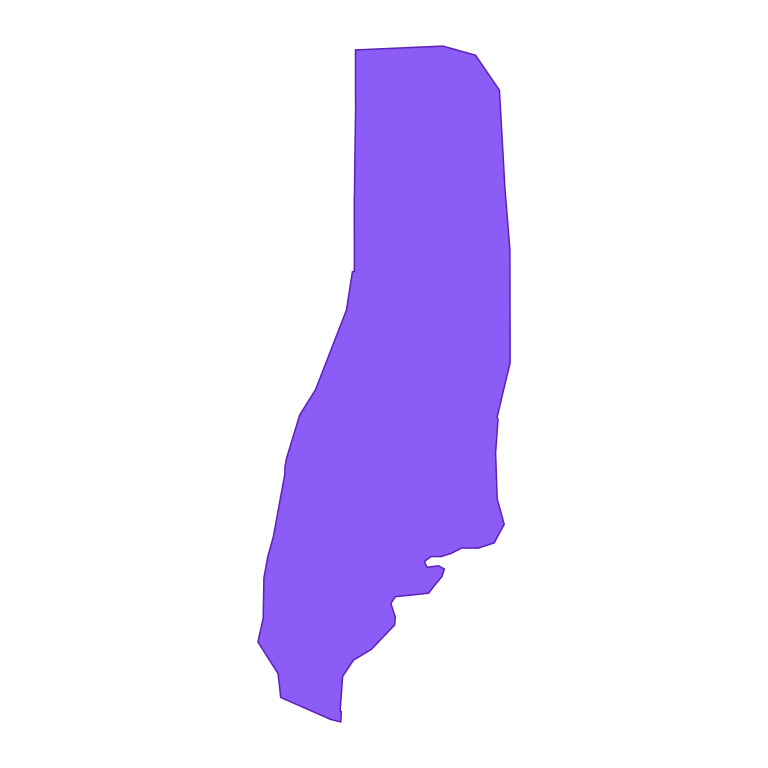 Um Baru, North Darfur, Sudan (Albers equal-area conic projection)
{"feature_id": "16777658B26622342825559", "entity_name": "Um Baru", "entity_type": "district", "adm_level": 2, "iso_a3": "SDN", "parent_name": "Sudan", "parent_adm1": "North Darfur", "projection": "albers", "projection_center": [24.187, 15.315], "detail": "fine", "context": "isolated", "style": "filled", "palette": "violet", "viewbox_px": 768, "rotation_deg": 0, "n_neighbors": 0, "source": "geoboundaries", "source_scale": "gbopen_adm2", "svg_char_len": 1074}
<svg xmlns="http://www.w3.org/2000/svg" viewBox="0 0 768 768"><path d="M497.7,418.7L497.2,418.0L497.0,417.7L498.7,410.6L499.8,405.9L503.5,390.2L505.7,381.1L510.1,362.9L510.1,349.2L510.1,337.2L510.0,310.8L510.0,310.6L509.9,251.7L509.9,250.6L509.9,249.6L504.9,188.2L503.5,162.5L499.4,90.2L475.5,55.2L442.8,46.1L355.8,49.9L355.5,49.9L355.5,91.3L355.6,108.3L354.7,171.9L354.5,193.3L354.3,198.7L354.3,207.4L354.3,224.0L354.4,251.3L354.4,253.8L354.4,264.8L354.2,271.6L352.4,271.8L349.5,290.7L346.4,310.2L315.6,389.5L299.7,415.0L286.5,458.4L284.9,467.3L284.9,473.7L273.3,537.0L267.8,556.5L263.9,578.0L263.2,618.4L257.9,642.0L278.1,673.7L280.7,697.4L280.8,697.5L330.5,719.4L340.8,721.9L341.3,711.7L340.1,711.0L342.6,676.5L353.5,660.1L371.3,649.4L394.6,625.0L395.4,617.2L390.8,603.5L395.4,596.7L409.9,595.2L428.6,593.2L433.9,586.2L442.0,576.5L444.3,569.0L438.5,565.8L427.1,567.3L424.4,561.5L431.0,556.6L441.2,556.6L451.5,553.2L461.7,548.0L478.2,548.1L494.2,542.9L504.2,524.3L497.2,498.9L495.6,452.9L498.0,419.5L497.7,418.7Z" fill="#8b5cf6" stroke="#5b21b6" stroke-width="1.5"/></svg>